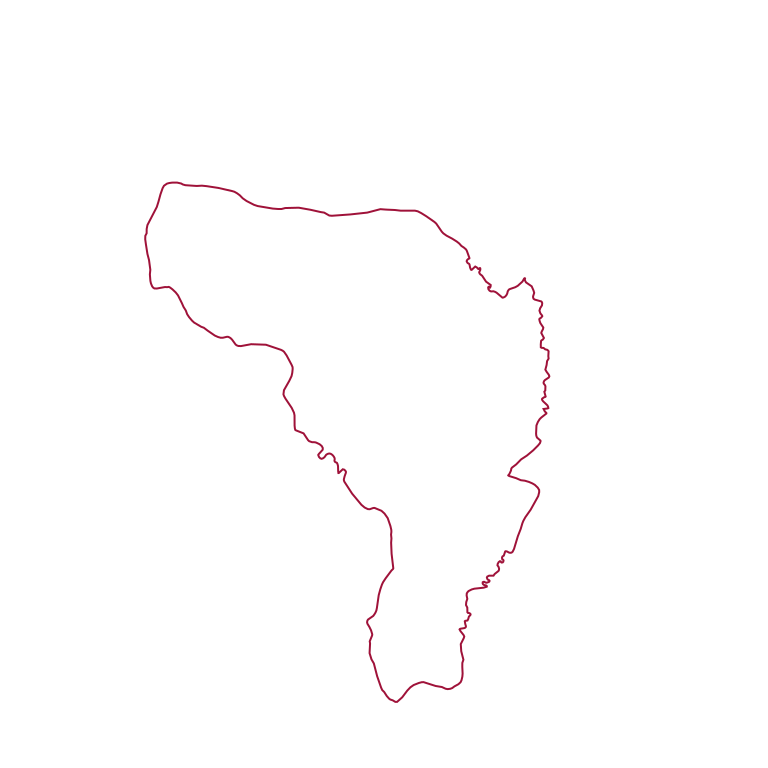 Santa Ana de Yusguare, Choluteca, Honduras, rotated 145°
{"feature_id": "27666195B49671611441491", "entity_name": "Santa Ana de Yusguare", "entity_type": "district", "adm_level": 2, "iso_a3": "HND", "parent_name": "Honduras", "parent_adm1": "Choluteca", "projection": "mercator", "projection_center": [-87.098, 13.304], "detail": "fine", "context": "isolated", "style": "outline", "palette": "rose", "viewbox_px": 768, "rotation_deg": 145, "n_neighbors": 0, "source": "geoboundaries", "source_scale": "gbopen_adm2", "svg_char_len": 6157}
<svg xmlns="http://www.w3.org/2000/svg" viewBox="0 0 768 768"><g transform="rotate(145 384 384)"><path d="M334.7,558.7L337.2,561.1L344.3,568.9L352.7,577.3L364.0,584.8L367.5,586.1L370.5,588.2L374.5,591.5L385.4,602.2L387.7,605.3L391.6,612.7L393.2,617.1L393.9,621.3L395.0,624.6L396.3,627.3L397.7,629.1L407.3,639.7L415.8,647.8L419.4,650.9L423.9,653.7L432.7,660.8L434.4,662.9L435.1,664.5L438.0,667.7L442.1,670.5L444.6,671.8L446.8,672.6L450.5,672.6L453.0,671.4L458.3,667.6L464.3,662.6L468.6,659.3L486.6,649.9L489.5,647.1L492.0,643.6L494.5,642.3L496.6,639.5L498.9,635.0L503.2,626.2L505.4,620.3L509.9,611.6L512.9,608.1L516.2,602.5L517.2,600.1L517.9,597.0L517.8,595.3L517.3,594.0L515.3,592.5L507.9,589.1L505.9,587.6L504.6,587.0L503.9,585.7L503.0,582.9L502.1,578.5L501.9,574.7L503.2,566.1L504.0,562.1L504.2,557.9L505.2,554.1L505.3,550.6L504.9,546.0L504.3,543.2L500.9,535.7L499.3,533.4L497.9,529.0L494.8,520.7L493.0,517.7L491.2,515.5L489.4,514.3L485.7,512.8L484.7,512.1L484.2,511.4L483.4,509.7L483.0,507.5L482.9,501.4L482.4,500.0L481.5,498.7L479.4,497.1L470.0,492.8L458.2,483.9L448.8,471.1L447.9,469.4L447.4,467.8L447.4,463.2L448.7,452.7L449.2,450.3L450.2,448.7L452.8,445.7L455.2,443.5L459.8,440.9L469.5,436.3L472.3,433.2L472.8,431.4L473.1,428.5L473.3,417.4L474.2,412.1L475.3,409.6L481.1,401.2L482.5,398.7L483.0,397.3L482.7,396.5L478.2,389.7L478.4,381.5L478.1,380.1L476.4,377.7L474.0,375.9L473.1,374.8L471.3,371.6L470.6,369.0L470.8,366.9L471.4,365.9L472.0,365.3L477.7,364.0L478.6,363.6L479.1,361.5L478.8,359.6L478.0,358.5L476.5,358.1L474.7,358.2L471.9,359.2L470.5,359.1L469.4,358.8L468.5,358.3L467.7,357.4L467.1,356.0L466.8,354.5L466.8,352.8L467.0,351.6L467.5,350.7L468.5,349.7L468.8,348.9L468.7,348.0L467.8,346.5L468.0,345.1L468.7,343.2L471.6,338.8L472.4,337.2L472.1,337.0L466.7,337.8L465.7,336.6L465.4,335.1L465.5,334.0L466.1,333.2L469.2,331.0L471.5,329.0L472.1,328.1L472.5,326.8L473.0,312.5L471.8,298.0L470.7,293.9L469.0,290.8L467.5,289.6L463.9,288.6L462.8,287.9L458.8,281.6L457.9,277.6L457.9,272.0L460.2,264.0L461.7,260.3L462.8,258.6L464.6,256.6L466.5,253.2L469.2,249.9L475.2,240.5L482.1,227.7L482.7,227.3L485.0,226.9L494.1,223.9L498.4,222.2L500.7,220.9L504.7,218.0L509.4,214.1L518.3,204.6L520.1,202.9L522.0,201.7L523.8,200.9L525.8,200.2L532.3,200.2L533.6,199.5L534.6,198.4L535.1,197.0L535.3,193.5L535.9,189.6L537.2,185.7L538.0,184.8L543.3,181.4L544.2,179.5L550.2,171.8L552.2,165.6L552.6,160.9L557.2,148.6L560.5,137.0L561.0,134.3L560.5,131.6L560.7,126.8L560.3,123.3L559.8,121.9L558.3,119.9L557.1,117.2L555.6,116.1L548.8,116.9L540.8,119.5L536.4,120.4L532.4,120.4L526.9,119.1L524.2,118.1L522.6,117.1L514.9,107.0L510.4,102.6L508.3,99.0L506.8,97.5L504.5,96.3L502.5,95.8L499.8,95.9L495.2,95.4L492.3,95.8L490.4,96.9L487.7,99.3L485.7,101.7L482.1,107.4L479.8,110.6L477.1,112.6L474.0,120.8L470.3,126.9L464.4,130.1L463.1,131.1L462.8,132.8L463.1,137.6L462.9,139.6L462.5,139.8L461.8,139.7L458.3,138.0L457.4,137.8L456.6,137.9L455.8,138.6L455.1,140.8L453.9,143.3L453.3,143.4L451.3,142.4L449.9,143.1L447.8,144.8L446.0,145.1L445.4,145.4L445.1,146.0L445.2,146.7L445.6,147.5L446.5,148.3L446.6,149.2L444.0,153.1L443.6,155.9L441.7,158.2L439.0,160.2L437.6,163.4L436.3,165.0L434.9,165.6L433.5,165.9L430.0,165.4L427.4,164.5L419.2,160.0L416.1,159.0L415.7,159.4L415.9,160.4L417.3,161.9L417.7,163.1L417.5,164.2L416.8,165.0L416.1,164.9L415.4,164.5L414.6,163.0L413.8,162.3L411.6,161.7L410.9,161.8L410.4,162.3L410.4,162.9L411.1,164.0L411.2,164.9L410.8,166.4L409.9,167.0L407.8,166.7L404.2,164.2L402.3,164.9L397.4,165.2L396.4,165.8L395.6,166.8L395.0,168.7L395.1,170.3L394.1,171.4L392.3,172.3L390.8,172.4L390.1,171.8L390.3,170.8L390.0,170.2L389.1,169.8L388.2,170.0L387.3,170.9L387.2,171.5L387.6,172.9L386.8,174.2L385.8,174.8L384.3,174.7L380.8,177.3L380.2,177.2L379.4,176.4L378.2,174.1L377.4,173.3L376.2,172.7L374.9,172.8L372.1,174.3L361.7,182.5L355.1,186.9L350.6,190.5L348.3,192.0L344.6,193.8L336.0,196.9L322.0,203.7L318.9,206.4L317.7,208.2L317.5,210.9L318.3,214.9L319.5,217.5L321.4,220.6L324.1,224.0L327.1,226.7L329.8,231.1L334.0,236.5L334.6,237.5L334.6,237.9L333.1,238.3L331.6,239.1L329.6,240.3L328.2,241.7L327.1,242.1L321.9,242.3L314.9,243.6L308.0,243.4L299.8,244.1L293.0,245.3L290.2,246.1L288.7,247.2L288.3,247.9L289.4,252.4L288.9,254.3L287.9,256.1L282.9,262.6L279.8,264.6L276.7,265.9L274.6,266.3L267.9,266.7L267.6,267.2L268.0,269.3L267.6,272.0L263.9,270.1L263.2,270.0L262.6,271.3L262.4,272.8L263.6,278.6L263.6,280.1L263.3,281.0L262.6,281.3L260.5,281.3L259.2,280.9L258.8,281.0L257.1,285.7L255.6,286.2L253.1,289.5L252.8,290.5L252.9,292.7L252.6,293.5L251.8,294.2L250.9,294.7L249.9,294.9L245.3,294.8L244.1,295.5L243.7,297.1L243.8,300.6L243.6,303.2L239.9,306.3L237.3,309.2L234.6,310.4L233.4,312.6L230.4,316.4L230.4,317.3L230.7,318.4L232.1,320.0L232.6,322.0L234.2,323.3L234.5,324.1L232.8,326.6L230.6,329.2L230.0,329.4L228.3,329.3L226.6,330.0L225.9,335.6L224.7,336.5L222.2,337.8L221.1,338.9L221.0,344.1L220.4,346.3L219.7,347.9L219.1,348.3L217.3,348.2L215.5,348.7L215.2,349.4L215.4,352.1L214.6,354.9L212.6,356.5L209.5,357.8L208.0,359.5L207.7,360.6L207.8,361.4L212.1,366.7L212.6,368.0L212.3,369.2L211.6,370.3L208.7,372.5L207.9,374.8L207.0,379.3L209.4,385.8L209.1,388.1L208.7,388.8L208.0,389.4L208.0,389.9L208.7,390.0L211.8,388.5L218.1,387.7L221.0,388.0L226.5,389.6L227.6,389.7L229.4,389.0L231.2,387.4L232.7,386.6L234.6,386.1L236.3,386.3L237.2,386.6L237.5,387.0L239.4,394.2L240.1,395.7L241.2,397.2L243.2,398.4L244.0,399.8L244.1,401.7L243.4,403.2L242.7,403.6L242.2,403.5L242.0,403.1L242.3,402.4L241.9,402.1L240.8,402.7L239.8,403.9L241.7,409.3L241.5,416.4L242.2,418.6L242.3,419.7L241.9,421.0L240.0,422.0L239.1,422.9L238.8,423.7L239.3,424.1L240.2,423.8L240.8,424.1L241.1,426.2L241.9,427.9L246.7,427.2L247.1,427.5L247.1,428.3L246.7,430.0L245.4,432.9L245.4,433.6L246.1,435.2L246.0,436.9L245.5,437.5L244.7,437.9L243.4,438.1L242.1,437.9L241.8,438.1L239.8,445.4L239.6,447.1L240.3,449.9L241.4,452.7L241.8,456.0L242.7,459.0L244.8,464.0L247.7,469.7L249.0,473.4L249.3,475.7L249.2,485.4L249.7,487.7L253.2,497.3L255.5,502.7L257.3,506.1L259.2,508.2L270.9,516.4L275.3,520.3L282.3,525.7L286.7,529.3L299.4,534.0L314.3,542.2L330.2,551.7L332.2,553.4L334.7,558.7Z" fill="none" stroke="#9f1239" stroke-width="2"/></g></svg>